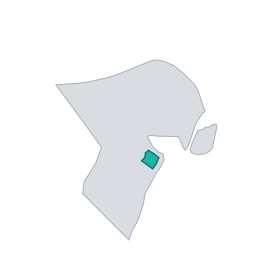 location of Al Farwaniyah within Kuwait, rotated 46°
{"feature_id": "KWT-1664", "entity_name": "Al Farwaniyah", "entity_type": "Province", "adm_level": 1, "iso_a3": "KWT", "parent_name": "Kuwait", "parent_adm1": "", "projection": "robinson", "projection_center": [47.917, 29.258], "detail": "fine", "context": "in_parent", "style": "filled", "palette": "teal", "viewbox_px": 256, "rotation_deg": 46, "n_neighbors": 0, "source": "natural_earth", "source_scale": "10m", "svg_char_len": 1135}
<svg xmlns="http://www.w3.org/2000/svg" viewBox="0 0 256 256"><g transform="rotate(46 128 128)"><path d="M209.2,205.1L194.4,205.4L175.8,205.7L160.6,205.9L143.6,206.1L136.1,196.6L133.6,186.3L130.9,175.7L123.4,160.5L98.4,156.9L85.1,154.9L63.3,152.0L46.8,149.9L60.7,133.5L67.1,124.8L78.7,105.8L84.7,92.3L90.5,77.3L95.4,65.6L96.5,63.5L99.4,59.5L105.7,55.5L114.9,51.7L130.4,50.0L141.3,49.9L143.8,50.1L150.7,52.0L169.7,61.3L169.3,65.0L172.0,76.0L178.1,88.0L183.1,97.8L183.7,102.3L179.1,101.6L175.6,99.8L168.9,97.9L156.0,110.8L148.2,117.8L148.0,120.2L158.4,123.0L166.0,122.9L171.4,121.0L175.9,124.0L178.8,132.0L180.0,138.4L187.1,161.5L193.0,169.3L200.4,183.1L203.1,190.3L204.7,196.3L209.2,205.1ZM194.9,97.1L190.0,99.4L186.7,98.4L183.6,93.0L178.4,79.7L181.2,74.7L181.1,72.6L181.7,71.0L183.3,69.9L184.9,63.6L187.2,61.7L190.8,66.0L201.0,81.3L201.0,87.6L200.4,90.1L194.9,97.1Z" fill="#d9dde1" stroke="#a8b0b8" stroke-width="1"/><path d="M160.1,128.5L163.8,127.4L170.8,126.5L172.3,130.0L173.5,133.1L174.5,138.6L161.1,141.0L161.0,136.8L159.8,134.6L158.1,132.9L158.4,128.8L160.1,128.5Z" fill="#14b8a6" stroke="#0f766e" stroke-width="1.5"/></g></svg>